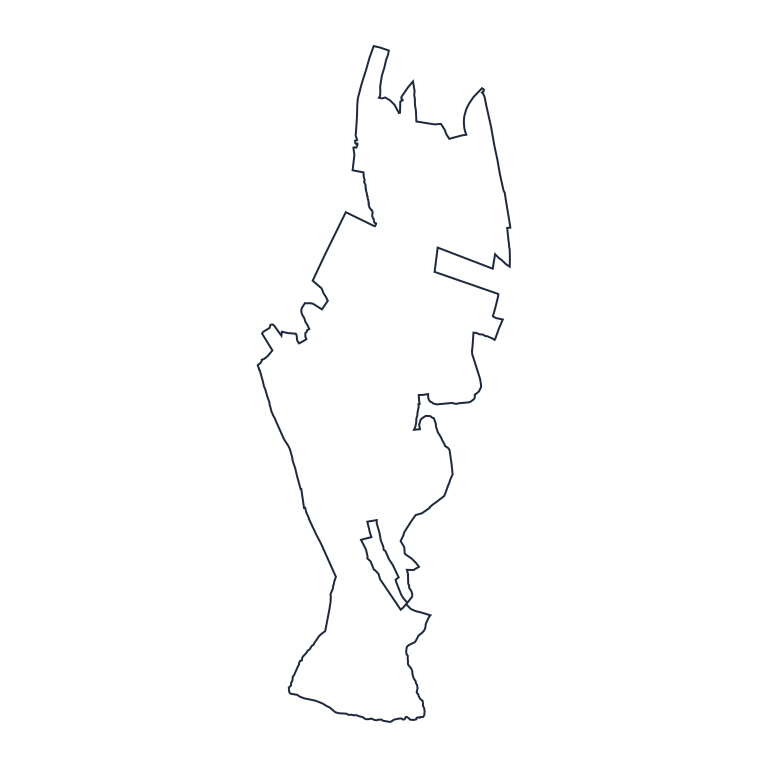 Dumesti, Iasi, Romania
{"feature_id": "2599482B70214300511260", "entity_name": "Dumesti", "entity_type": "district", "adm_level": 2, "iso_a3": "ROU", "parent_name": "Romania", "parent_adm1": "Iasi", "projection": "orthographic", "projection_center": [27.344, 47.173], "detail": "fine", "context": "isolated", "style": "outline", "palette": "slate", "viewbox_px": 768, "rotation_deg": 0, "n_neighbors": 0, "source": "geoboundaries", "source_scale": "gbopen_adm2", "svg_char_len": 6090}
<svg xmlns="http://www.w3.org/2000/svg" viewBox="0 0 768 768"><path d="M415.6,515.1L422.0,513.2L429.6,507.9L429.6,507.3L433.0,504.4L437.7,501.1L440.0,499.1L440.9,498.7L444.1,496.0L445.7,492.4L448.0,485.7L449.4,482.6L450.0,480.2L452.6,474.4L451.6,464.3L449.6,450.3L448.9,449.0L447.7,447.6L445.2,446.2L444.6,444.5L442.5,440.7L440.9,437.2L437.8,432.2L436.0,426.6L435.8,423.6L433.8,418.2L432.6,417.9L430.6,416.4L429.5,416.0L426.0,415.9L424.7,416.5L421.4,418.8L420.6,419.9L419.1,424.8L420.0,429.2L414.0,429.8L415.3,426.8L416.1,423.3L416.4,418.3L417.3,415.7L417.5,412.6L418.7,406.6L418.4,404.2L419.6,404.0L419.0,400.0L418.8,395.0L422.6,394.9L428.1,394.1L428.2,397.7L428.8,399.6L429.6,400.9L430.4,401.8L431.9,402.3L433.0,403.4L436.9,404.4L452.3,402.9L454.2,403.6L456.9,403.8L458.4,403.3L468.2,402.4L470.1,402.0L473.8,399.3L474.7,397.8L474.9,396.7L474.7,394.7L477.4,392.8L479.0,391.3L481.1,387.0L481.0,384.5L480.0,378.7L472.2,354.1L472.0,351.1L472.6,345.5L473.5,332.6L476.2,332.9L479.5,334.3L482.9,334.6L484.1,335.2L485.0,336.0L487.2,336.2L493.0,338.8L494.6,339.9L495.3,338.7L498.7,329.1L502.8,319.5L496.2,318.1L493.2,316.6L492.8,315.9L493.7,313.6L496.1,304.7L498.3,295.5L498.3,294.0L434.6,271.9L437.7,247.6L492.7,268.7L495.1,254.2L498.5,257.7L500.0,259.0L501.2,259.6L505.6,263.9L509.7,266.7L509.9,258.6L509.7,249.2L509.2,247.5L509.0,243.8L508.5,240.7L507.2,227.9L510.3,227.7L510.0,225.1L506.3,203.0L504.7,192.6L503.6,190.8L500.0,174.6L497.3,159.3L494.4,145.8L491.0,126.5L486.4,106.1L484.9,98.4L484.1,95.7L483.1,93.8L482.0,92.5L483.6,91.5L483.5,90.7L483.9,89.6L482.0,88.2L473.2,97.4L468.7,104.2L466.1,109.6L464.3,116.3L463.9,120.0L463.9,123.1L464.3,128.0L465.0,131.1L466.3,134.7L461.5,135.5L449.3,138.8L446.3,134.2L444.8,129.9L440.9,123.9L434.5,124.4L416.4,121.5L415.9,110.4L414.9,104.5L414.9,99.0L414.2,95.2L414.6,91.3L413.0,81.4L407.8,87.6L401.5,96.8L401.3,97.8L401.7,98.3L401.5,99.0L402.7,100.1L400.3,101.6L400.0,112.7L398.9,113.0L394.7,105.0L390.2,100.5L385.3,97.5L382.7,98.3L379.8,98.1L378.9,97.7L380.0,96.0L380.3,92.4L380.2,86.3L381.8,75.9L384.4,67.4L386.3,59.1L386.9,58.1L388.1,54.4L388.8,50.5L379.6,47.4L373.7,46.1L369.4,58.1L366.1,69.8L361.6,84.0L357.8,98.6L357.3,104.9L356.9,118.3L355.8,134.0L355.6,135.3L357.1,140.0L355.0,140.8L355.4,143.3L356.1,143.9L357.2,143.4L357.5,143.7L357.5,144.7L357.4,145.3L356.2,147.6L355.2,147.3L353.4,147.7L354.4,154.9L352.6,170.3L363.5,172.4L363.7,173.9L363.5,175.4L364.7,180.4L364.5,181.1L364.1,181.4L364.5,183.0L365.0,183.7L365.6,185.4L365.5,186.1L365.8,187.3L365.5,188.3L366.1,189.3L365.9,190.4L366.8,193.2L367.0,195.6L367.6,196.5L367.7,198.9L368.3,199.8L368.3,200.9L368.9,203.3L368.5,204.2L369.2,206.2L369.4,207.4L371.0,209.7L371.9,210.1L372.1,211.0L372.6,211.7L372.5,214.0L372.2,214.4L372.2,215.5L372.4,216.8L372.7,217.7L373.6,218.8L374.3,222.4L374.6,222.8L376.1,223.4L375.9,224.5L374.9,226.2L373.2,225.6L345.8,212.2L324.5,255.6L312.7,280.7L321.6,288.4L323.5,293.2L325.8,296.7L327.8,300.8L321.9,309.4L313.1,303.8L310.3,303.2L306.4,303.3L305.0,303.1L302.4,307.0L301.4,309.5L301.3,311.2L301.9,314.1L304.3,318.2L305.6,322.3L307.5,325.1L309.3,329.1L307.2,330.1L306.6,332.0L305.4,332.9L305.3,335.9L305.4,336.9L306.4,339.1L304.1,340.7L299.0,343.4L297.1,340.1L296.7,335.6L295.8,333.7L288.0,333.1L281.9,331.7L281.4,335.7L273.9,325.3L272.6,324.5L270.5,324.8L269.5,328.0L264.0,331.3L263.1,332.0L262.0,333.5L272.4,350.4L268.2,355.5L266.3,357.3L263.7,359.2L261.7,359.7L261.6,361.5L261.3,361.9L260.3,363.2L258.1,364.8L257.7,365.4L259.1,369.0L259.1,369.9L259.8,370.3L262.8,381.2L264.0,386.5L265.2,389.1L267.5,397.1L269.3,401.9L269.5,403.8L271.5,411.5L273.2,415.5L275.0,418.6L275.6,420.4L283.9,439.0L288.5,446.2L289.9,449.3L292.4,458.0L292.3,458.9L293.1,462.0L295.3,468.6L297.2,476.7L300.6,489.0L301.3,489.0L304.0,507.9L305.1,507.7L306.3,512.5L308.4,517.1L309.0,519.1L316.3,534.7L320.9,543.4L335.9,576.8L334.1,582.1L334.0,583.6L333.4,585.1L332.7,589.1L330.5,594.2L330.8,596.7L330.6,601.7L329.3,609.9L325.2,631.2L321.5,633.8L319.2,636.0L314.4,642.9L313.4,645.0L312.6,645.3L311.3,646.5L310.1,648.8L309.3,649.7L307.9,650.4L306.2,653.1L302.8,656.7L302.2,657.9L301.9,660.4L299.9,661.0L299.0,663.5L299.0,664.7L298.2,665.8L293.9,675.5L292.8,676.7L292.4,680.5L291.1,682.9L291.0,685.5L288.8,687.5L289.2,691.8L289.5,692.5L290.8,693.8L297.2,694.8L299.7,696.6L304.1,698.3L315.6,700.7L322.6,703.5L326.7,706.1L329.3,707.2L335.3,712.2L338.6,713.2L346.5,713.7L348.6,714.9L351.3,714.7L353.0,715.2L356.9,715.3L358.6,716.1L362.8,717.2L365.7,719.2L369.9,719.1L371.1,718.5L374.9,720.1L377.0,720.2L378.1,719.7L381.5,719.6L382.9,720.7L389.5,721.9L391.2,721.6L393.9,719.7L398.1,718.7L401.2,718.4L403.1,719.6L404.1,719.4L404.9,718.9L405.7,717.1L406.2,716.9L407.2,717.1L409.5,718.9L409.8,719.5L413.4,720.0L416.1,719.4L416.5,718.9L416.5,718.1L417.2,717.6L418.7,717.3L419.7,717.8L420.8,716.8L422.1,717.2L423.2,716.9L424.3,715.0L424.6,710.8L424.1,708.0L422.9,705.7L423.0,704.1L422.7,701.1L422.2,700.4L420.4,699.2L418.6,696.0L418.3,694.3L416.7,692.7L416.9,690.8L417.6,688.3L417.1,685.2L415.9,683.0L415.7,681.3L414.0,678.9L413.1,676.7L412.4,673.7L412.4,671.5L412.0,670.4L411.0,668.2L408.3,665.0L407.9,663.5L408.0,660.7L407.7,659.4L407.8,655.8L406.5,654.2L406.2,651.1L406.7,647.5L407.3,646.4L408.5,645.3L414.9,642.1L415.9,640.7L418.6,635.5L422.0,632.9L424.0,630.7L425.3,628.0L425.8,623.8L428.9,617.1L430.4,615.3L421.3,612.5L416.3,611.3L411.6,609.4L410.2,608.4L406.1,604.1L403.4,607.4L400.7,609.7L380.0,579.1L378.6,574.0L374.9,570.1L373.9,569.7L370.6,561.4L367.3,558.3L367.6,556.6L366.0,549.6L361.0,539.8L371.4,537.1L370.1,533.3L367.3,521.7L376.8,520.1L376.7,523.2L379.6,533.4L380.8,540.4L383.2,546.4L383.7,549.5L384.0,550.2L385.3,550.8L389.0,559.3L392.8,565.0L398.6,577.2L398.7,577.4L395.6,579.7L396.3,582.3L401.1,594.5L403.1,597.9L407.3,602.8L411.8,597.2L412.2,596.3L412.3,594.8L411.8,592.4L411.1,590.8L409.1,587.7L409.2,585.4L408.3,584.0L408.2,583.3L408.0,574.1L406.9,569.8L413.3,570.1L419.0,566.8L415.7,562.6L411.8,558.7L405.1,554.1L404.7,553.3L404.3,547.7L404.0,546.7L400.6,541.1L403.7,534.7L403.6,534.1L404.5,531.8L410.9,521.8L415.6,515.1Z" fill="none" stroke="#1e293b" stroke-width="2"/></svg>